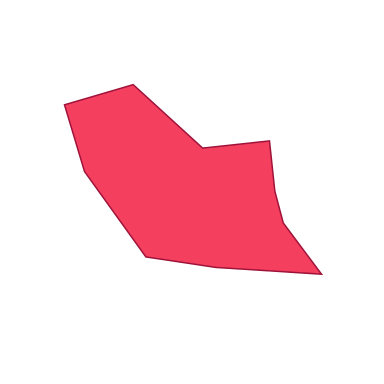 outline of Cebu, rotated 292°
{"feature_id": "PHL-5522", "entity_name": "Cebu", "entity_type": "Highly Urbanized City", "adm_level": 1, "iso_a3": "PHL", "parent_name": "Philippines", "parent_adm1": "", "projection": "albers", "projection_center": [123.895, 10.342], "detail": "fine", "context": "isolated", "style": "filled", "palette": "rose", "viewbox_px": 384, "rotation_deg": 292, "n_neighbors": 0, "source": "natural_earth", "source_scale": "10m", "svg_char_len": 300}
<svg xmlns="http://www.w3.org/2000/svg" viewBox="0 0 384 384"><g transform="rotate(292 192 192)"><path d="M268.4,244.7L223.8,268.5L197.5,288.2L164.3,342.9L131.0,242.4L114.5,173.6L170.7,84.7L225.1,41.1L269.5,97.2L236.7,185.4L268.4,244.7Z" fill="#f43f5e" stroke="#9f1239" stroke-width="1.5"/></g></svg>